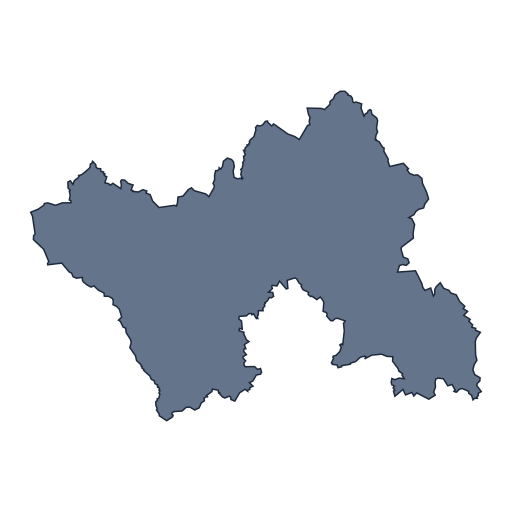 Castlecomer Lea-6, Kilkenny, Ireland (Mercator projection)
{"feature_id": "5873133B64283034933999", "entity_name": "Castlecomer Lea-6", "entity_type": "district", "adm_level": 2, "iso_a3": "IRL", "parent_name": "Ireland", "parent_adm1": "Kilkenny", "projection": "mercator", "projection_center": [-7.296, 52.74], "detail": "fine", "context": "isolated", "style": "filled", "palette": "slate", "viewbox_px": 512, "rotation_deg": 0, "n_neighbors": 0, "source": "geoboundaries", "source_scale": "gbopen_adm2", "svg_char_len": 6073}
<svg xmlns="http://www.w3.org/2000/svg" viewBox="0 0 512 512"><path d="M33.4,239.6L43.6,249.2L48.8,261.6L47.6,263.3L47.7,264.8L61.8,263.1L69.2,272.0L71.5,273.0L73.1,276.7L76.4,278.2L82.2,277.4L82.5,280.3L83.3,281.8L87.1,285.0L91.1,287.1L93.8,285.8L98.3,290.1L104.0,293.0L104.3,296.2L108.8,296.3L112.6,298.7L113.3,301.3L113.0,304.7L116.5,306.3L119.3,309.2L121.7,317.1L118.5,320.2L120.4,321.5L123.1,327.1L125.7,328.2L126.2,332.7L130.6,339.7L131.2,342.8L129.8,347.6L135.5,355.8L136.6,360.6L141.2,365.0L141.2,366.4L142.1,366.6L142.0,368.2L143.9,369.5L143.7,370.4L150.0,376.1L151.1,379.1L154.3,380.9L155.0,383.7L157.6,384.9L157.3,385.9L158.2,386.5L157.8,387.4L159.1,387.7L159.5,388.9L158.9,390.0L159.9,390.4L159.0,393.2L159.9,394.1L158.8,398.1L157.1,399.0L157.5,400.1L155.7,401.8L156.0,405.6L157.2,408.8L156.5,410.1L159.2,413.9L159.3,415.8L166.7,420.7L172.6,416.8L173.1,415.2L171.9,414.4L171.9,413.1L173.8,411.6L182.1,411.0L186.2,407.3L189.9,407.1L194.7,410.0L199.1,407.9L201.4,402.8L204.4,400.8L204.1,398.2L206.6,396.6L208.0,397.1L206.5,395.5L211.9,391.5L212.4,389.1L218.1,390.2L218.7,393.0L219.6,392.7L219.7,393.8L222.4,396.9L224.9,398.0L229.3,396.2L230.6,397.0L230.9,399.5L234.8,401.1L239.6,392.8L245.0,389.3L247.7,391.3L247.6,390.3L249.9,389.4L249.8,387.7L253.0,386.1L249.4,382.7L252.9,381.0L256.3,375.0L260.4,374.2L261.6,372.3L260.5,368.5L257.5,369.4L254.6,366.6L245.1,366.7L244.1,364.8L243.9,362.8L245.6,360.9L243.2,358.2L243.0,356.7L246.4,354.7L243.7,351.4L244.0,348.9L245.8,348.7L244.3,344.6L249.0,341.6L246.4,339.8L243.6,333.4L244.0,332.3L239.0,330.6L239.5,328.4L242.3,329.2L241.5,321.0L238.8,318.9L239.2,316.4L246.3,315.9L248.9,313.6L251.3,313.5L251.8,314.8L253.5,313.8L256.4,318.6L257.9,318.5L257.3,317.1L258.4,314.0L258.3,310.7L263.1,310.7L262.8,308.4L264.9,305.9L264.3,304.5L265.4,303.2L264.9,302.7L267.4,300.9L269.2,297.6L271.4,297.8L273.6,296.4L272.7,292.4L268.5,292.2L272.4,288.6L271.7,286.5L272.3,285.3L276.9,286.0L279.6,281.1L286.3,289.0L287.9,288.4L287.2,280.3L295.0,277.9L296.6,278.8L299.1,283.1L301.7,284.9L301.1,286.3L303.0,289.7L308.4,292.2L308.2,294.6L310.7,296.6L311.8,296.1L316.8,299.6L320.3,297.0L323.1,300.6L323.8,302.9L323.1,311.4L326.1,312.4L327.2,314.0L326.7,316.1L330.6,320.6L332.8,320.8L335.0,318.7L337.5,318.3L345.2,320.9L343.5,323.4L344.3,330.8L342.7,344.8L341.4,343.9L339.8,344.9L341.3,347.4L339.7,351.6L336.1,355.3L333.2,356.2L332.9,357.3L333.5,358.6L331.4,362.8L332.4,364.4L337.1,365.0L338.0,367.7L341.6,366.8L341.7,365.7L350.4,364.2L350.4,363.2L355.6,361.6L360.4,357.2L365.0,356.1L366.1,356.9L364.6,358.9L371.8,355.1L381.6,354.2L387.0,356.4L392.8,356.7L392.6,361.2L398.3,368.9L398.8,371.1L402.6,373.8L402.0,375.2L404.2,378.7L399.0,378.1L394.8,379.7L391.9,378.5L391.2,382.3L391.8,384.8L394.5,386.1L393.1,387.9L394.9,390.3L393.5,391.1L394.9,396.3L403.0,389.4L405.5,394.9L411.9,392.5L413.9,396.0L416.7,392.9L428.8,399.2L435.2,395.2L433.7,392.1L435.5,386.9L435.1,381.6L435.9,379.0L438.2,378.1L443.4,378.8L447.8,385.8L452.0,384.5L455.3,390.4L453.9,391.2L455.2,392.0L456.7,392.1L459.3,389.3L462.1,388.5L468.6,391.3L468.7,393.3L471.6,395.4L473.0,399.9L474.3,398.4L477.3,398.3L476.8,397.3L478.4,395.4L478.2,393.3L481.3,391.6L476.8,385.6L477.3,383.4L479.8,381.0L480.1,377.8L474.7,374.6L472.9,369.8L474.2,364.6L476.9,360.2L475.6,354.8L475.3,341.6L476.3,338.1L480.4,332.3L475.5,330.3L475.7,328.3L471.9,327.3L472.6,324.8L468.9,321.4L470.2,319.4L463.7,315.3L467.6,311.4L463.2,308.6L464.8,306.3L459.8,301.7L456.2,294.8L451.0,293.1L448.9,290.3L443.9,288.5L440.2,282.7L435.9,287.1L434.7,289.7L434.8,294.0L433.4,296.0L430.7,288.0L424.8,290.4L422.8,287.4L421.9,283.6L415.5,270.8L397.5,272.1L399.5,265.5L402.6,264.5L406.2,265.4L409.1,262.8L407.8,258.8L403.4,257.2L401.1,249.5L401.5,247.1L413.4,238.1L413.1,233.1L414.6,224.4L411.8,218.7L408.7,217.7L414.0,214.6L415.7,211.6L418.5,209.4L423.6,208.0L424.8,204.1L428.6,199.0L426.7,192.5L422.5,183.4L421.9,178.4L417.7,174.9L414.0,175.2L409.7,173.5L407.0,169.8L408.5,168.8L403.4,163.3L389.7,166.5L388.0,161.1L388.2,159.0L383.9,151.3L384.1,148.0L382.6,147.3L379.2,141.7L375.6,140.1L376.2,139.4L375.4,138.8L376.1,134.9L377.6,132.1L376.5,128.2L377.6,120.6L376.7,118.0L371.8,114.1L371.2,110.4L370.1,109.6L368.2,110.7L367.4,112.8L365.4,113.8L364.0,116.2L361.0,108.1L361.7,103.9L356.1,102.0L353.8,102.7L352.8,101.7L352.3,98.2L350.8,96.0L347.8,95.1L348.1,94.1L344.9,91.3L340.1,91.3L335.0,94.8L333.4,98.8L330.1,101.3L329.9,104.4L324.6,109.5L321.3,108.4L307.2,108.1L308.5,114.4L310.0,117.4L309.2,121.2L309.8,124.8L307.6,125.4L299.3,139.5L294.7,136.5L287.8,134.0L273.6,123.9L271.8,126.0L268.0,122.6L267.5,121.0L265.3,121.4L262.9,124.6L260.3,126.1L257.3,125.4L255.5,127.6L255.9,129.9L253.9,136.7L250.2,139.9L249.3,141.6L249.8,142.6L248.5,144.2L248.8,144.8L247.0,145.0L247.3,145.9L245.3,147.7L244.9,150.0L243.7,150.3L244.7,151.2L244.0,151.7L245.4,154.7L243.5,156.4L244.2,160.4L242.6,162.7L243.1,164.1L242.0,168.5L240.7,169.4L241.6,171.0L240.8,174.1L241.7,177.3L242.7,178.0L241.8,178.4L242.3,179.6L240.9,178.2L237.3,178.8L234.1,177.3L233.1,171.1L234.3,166.6L233.4,161.7L231.4,159.4L227.4,158.1L223.4,161.2L222.4,166.8L220.6,169.1L219.2,167.8L219.1,169.2L217.4,170.7L215.6,170.7L214.6,175.0L214.6,179.8L213.0,183.4L214.3,185.5L214.1,187.5L208.9,196.7L205.8,193.9L194.3,190.7L191.5,187.8L188.3,189.6L183.0,196.1L178.0,197.0L177.4,203.1L176.4,206.1L174.6,205.3L159.0,207.5L152.6,201.0L150.2,194.7L146.0,193.0L146.8,191.0L142.9,189.7L138.5,192.0L132.6,191.4L132.8,190.6L131.0,190.0L133.1,185.0L128.2,183.4L124.7,180.1L121.5,179.9L120.7,181.3L121.4,185.2L120.8,188.6L112.8,183.3L110.3,185.2L108.7,183.7L104.9,182.8L106.8,176.7L104.4,175.7L104.9,173.9L103.5,173.7L103.6,171.9L101.0,171.5L100.6,168.7L97.6,168.5L96.1,167.2L95.8,164.7L92.6,161.3L91.7,163.4L90.3,164.1L90.1,167.0L89.0,168.6L82.0,174.5L78.6,175.5L79.0,176.5L77.6,178.2L74.5,180.4L72.9,184.4L70.4,180.8L67.9,182.0L68.1,188.1L70.2,190.3L69.3,191.2L70.2,195.6L69.3,200.0L70.9,200.7L70.9,202.8L62.1,202.9L55.6,205.3L47.9,202.9L44.4,203.5L43.6,205.5L38.1,209.2L30.7,212.2L32.5,216.2L35.1,233.9L33.6,235.8L33.4,239.6Z" fill="#64748b" stroke="#1e293b" stroke-width="1.5"/></svg>